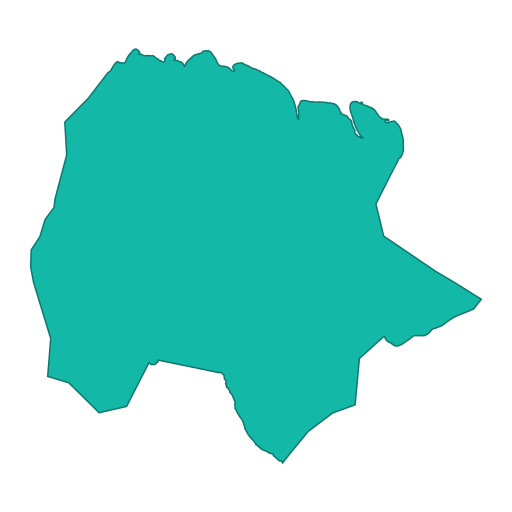 the district of Zavxan, Uvs, Mongolia
{"feature_id": "93677404B25640564843773", "entity_name": "Zavxan", "entity_type": "district", "adm_level": 2, "iso_a3": "MNG", "parent_name": "Mongolia", "parent_adm1": "Uvs", "projection": "albers", "projection_center": [93.393, 48.88], "detail": "fine", "context": "isolated", "style": "filled", "palette": "teal", "viewbox_px": 512, "rotation_deg": 0, "n_neighbors": 0, "source": "geoboundaries", "source_scale": "gbopen_adm2", "svg_char_len": 5935}
<svg xmlns="http://www.w3.org/2000/svg" viewBox="0 0 512 512"><path d="M388.1,119.4L387.0,119.1L386.0,119.3L384.8,119.1L383.4,119.3L383.0,119.2L381.7,118.2L380.2,117.6L379.7,116.8L378.2,115.4L377.9,115.0L377.7,114.3L376.4,112.7L375.7,111.3L373.8,109.2L371.4,107.6L370.7,107.6L369.2,106.8L366.1,105.6L364.7,105.3L363.7,104.9L363.1,104.4L362.9,104.1L362.4,103.9L362.2,103.1L362.2,102.7L362.1,102.4L361.8,102.2L360.9,102.4L360.8,102.6L360.7,102.8L360.7,103.7L360.6,103.8L359.7,103.1L359.3,103.1L358.9,102.7L358.7,102.5L358.4,102.5L357.6,102.6L357.0,102.1L357.1,101.8L356.5,101.7L356.0,101.4L355.3,101.4L355.0,101.6L354.5,101.5L354.2,101.7L354.0,101.8L353.7,101.6L353.3,101.9L352.8,101.8L352.3,102.0L351.8,102.5L351.3,102.8L351.0,103.2L350.6,103.8L350.3,104.7L350.1,105.8L350.0,106.9L350.1,109.1L350.5,111.4L351.0,112.6L351.9,115.3L352.9,117.9L353.3,120.1L353.8,121.4L354.4,124.0L355.1,125.4L356.4,128.6L358.1,131.7L360.4,135.5L362.6,137.8L362.2,137.8L361.8,137.6L361.4,137.9L361.1,138.0L360.5,137.4L359.3,136.9L359.1,136.6L357.8,136.2L357.1,135.3L356.8,134.7L355.4,134.2L355.1,133.6L354.9,132.9L354.8,132.3L354.9,131.0L354.8,130.3L352.1,125.0L352.1,124.5L351.9,123.2L351.5,121.4L351.1,120.5L350.1,119.6L348.9,118.8L347.3,116.5L346.6,115.9L344.0,114.8L343.5,114.8L343.0,114.7L341.2,113.5L340.8,113.1L340.7,112.9L341.0,112.5L340.3,111.8L338.9,108.3L338.1,107.2L337.1,105.9L336.0,104.8L333.9,103.7L332.3,103.5L330.3,102.9L328.9,103.1L327.8,102.7L327.0,102.6L325.8,102.6L324.4,102.2L323.5,102.3L318.8,101.9L318.1,102.3L315.0,102.1L314.3,101.9L310.3,101.7L304.9,100.5L301.8,100.7L301.2,101.0L300.6,101.5L300.0,102.8L299.6,104.2L299.0,105.2L298.5,105.8L298.2,106.5L298.2,107.2L298.3,109.5L298.4,111.2L298.8,111.6L298.9,112.3L298.6,115.0L298.6,115.9L298.8,118.2L298.7,118.8L298.5,119.2L298.2,119.2L297.7,118.0L296.8,114.6L296.0,109.1L295.5,106.9L294.1,102.1L293.3,99.8L292.4,97.9L291.1,96.2L289.6,92.7L288.6,91.1L287.6,89.9L286.1,88.5L284.1,86.3L281.7,84.2L280.3,82.5L278.6,81.7L274.7,79.1L270.6,76.6L268.9,75.9L266.5,74.7L264.0,73.3L263.2,72.8L261.3,72.1L259.9,71.0L258.4,70.6L255.6,69.1L252.8,68.4L249.9,67.0L248.6,66.0L245.8,65.0L244.1,64.2L243.5,63.6L242.7,63.2L241.9,63.0L240.7,62.9L239.7,63.1L237.6,63.3L236.0,63.8L234.3,64.7L233.5,65.5L233.0,66.1L232.9,67.4L232.9,68.0L233.4,69.0L233.8,69.5L234.3,69.6L234.6,69.9L234.7,70.3L234.6,70.6L234.0,71.1L233.1,71.4L232.6,71.2L231.4,70.3L230.2,69.0L228.6,67.7L226.6,66.8L224.9,66.4L221.4,66.1L220.0,65.8L219.5,65.5L218.6,64.7L217.8,63.5L216.9,61.9L216.8,61.5L215.5,58.6L211.1,52.4L210.6,51.8L208.2,50.7L205.0,50.9L202.9,51.3L201.7,53.0L195.1,54.8L193.2,55.8L191.0,58.0L188.2,60.4L187.0,61.8L186.2,62.9L185.0,66.1L184.8,66.3L184.6,66.2L182.8,63.4L181.7,62.4L181.1,62.0L179.2,61.6L178.5,61.1L177.4,60.6L175.0,60.3L174.5,60.4L174.1,60.2L174.1,59.9L175.1,59.0L175.4,58.3L175.4,57.8L174.8,56.5L173.4,54.8L172.9,54.3L172.1,54.0L171.0,53.8L168.6,54.5L168.2,54.9L167.7,55.0L167.0,55.7L165.8,57.2L164.6,58.5L164.6,59.1L165.0,59.5L165.1,59.8L164.8,61.1L164.4,61.6L163.6,62.0L162.6,61.9L161.8,61.5L161.2,60.9L159.6,60.5L158.5,59.6L157.9,59.0L157.3,58.6L156.4,58.3L155.7,57.9L154.9,57.0L153.4,55.8L150.4,55.8L147.4,55.5L145.0,55.8L143.9,55.7L143.3,55.6L142.3,54.8L141.0,54.2L140.3,53.8L139.8,53.7L139.1,54.2L139.0,53.6L139.6,52.0L137.5,49.8L136.9,49.4L135.8,49.1L134.6,49.3L134.0,49.6L133.1,50.2L131.7,52.0L128.9,55.1L126.9,58.5L126.1,60.0L125.9,61.1L125.5,61.9L124.9,62.6L123.2,63.3L122.3,62.9L121.2,62.8L120.6,62.8L120.3,63.0L119.6,63.1L118.4,61.8L117.5,61.7L117.1,61.7L115.5,63.1L114.8,63.8L113.5,65.8L111.0,70.0L110.5,71.0L109.7,71.6L109.2,71.8L107.9,72.7L88.6,97.9L64.8,122.1L66.7,155.0L55.0,199.0L54.0,207.5L45.1,219.5L39.9,236.6L31.2,249.9L30.7,267.0L33.6,282.5L50.7,338.5L47.7,376.4L68.8,382.8L99.1,412.7L126.6,406.4L149.0,362.6L151.1,364.5L151.7,364.6L153.0,364.6L155.1,364.3L156.0,363.6L158.1,361.5L158.2,360.1L218.8,372.6L221.2,372.5L224.2,375.4L224.2,377.9L224.3,378.3L224.7,379.2L225.5,380.0L225.9,380.8L226.0,382.0L225.6,383.7L225.7,384.0L226.4,385.0L226.4,385.3L226.3,386.4L226.4,386.6L227.1,387.7L227.9,388.2L228.3,388.6L229.6,390.9L229.7,391.2L229.7,392.0L229.8,392.4L230.5,393.2L231.4,393.9L232.2,395.0L233.3,397.8L233.7,398.6L235.2,402.5L235.3,403.0L234.7,404.2L234.7,404.4L234.9,404.9L235.1,406.2L235.1,407.2L235.0,408.4L235.9,409.8L236.5,410.9L237.6,413.2L239.7,416.7L241.0,418.3L241.7,419.2L242.9,421.6L243.5,423.2L243.8,424.4L244.2,425.6L244.7,426.4L244.6,428.0L246.6,431.5L247.8,434.0L249.1,435.7L250.3,437.5L254.2,441.5L254.7,442.4L255.7,443.5L255.8,443.7L255.8,444.6L256.2,444.8L257.2,445.2L257.9,445.6L258.0,446.3L258.6,446.6L259.1,447.1L259.3,447.0L259.6,447.1L260.5,448.4L261.6,449.3L265.6,451.0L267.1,451.4L267.7,451.8L268.1,452.4L268.5,452.7L271.1,453.6L271.9,453.7L272.7,453.9L273.0,454.3L273.4,455.4L273.5,455.8L274.9,456.6L275.6,457.6L277.5,459.0L278.1,459.8L279.0,460.7L279.6,460.9L280.1,460.9L281.1,461.0L281.7,461.4L282.2,461.9L282.6,462.9L287.8,456.3L307.9,431.7L332.6,413.0L355.1,404.8L359.4,358.5L383.8,336.5L384.3,336.3L384.7,336.5L385.0,337.9L386.0,339.7L387.0,340.9L388.8,342.1L390.7,343.0L393.3,344.9L395.1,345.9L395.8,346.0L397.8,345.9L398.7,345.7L402.3,344.1L404.5,342.4L410.0,338.8L411.8,337.3L412.5,336.5L413.5,335.9L413.9,335.8L415.4,335.6L423.4,335.7L424.3,335.6L425.3,335.2L426.9,334.5L428.9,333.0L430.1,331.7L431.1,330.5L432.4,329.1L437.0,327.6L442.0,325.6L449.2,320.2L453.4,317.6L456.3,316.1L473.5,309.1L481.3,299.3L455.3,283.0L435.7,271.4L383.7,236.1L375.9,204.0L387.5,181.0L399.0,158.5L400.4,157.7L400.9,156.9L402.0,155.1L402.6,152.8L403.3,151.2L403.5,149.8L403.5,148.7L403.3,147.4L403.3,140.1L402.6,136.7L402.1,134.9L401.7,133.4L401.1,130.5L400.6,128.9L399.0,126.0L398.1,124.7L395.0,121.5L394.4,121.1L394.1,121.1L392.6,121.4L391.8,121.4L388.3,122.7L387.0,122.7L384.9,121.8L384.9,121.4L385.0,121.1L385.7,120.5L386.4,120.1L387.3,120.2L388.1,120.9L388.3,120.8L388.7,120.2L388.7,119.8L388.1,119.4Z" fill="#14b8a6" stroke="#0f766e" stroke-width="1.5"/></svg>